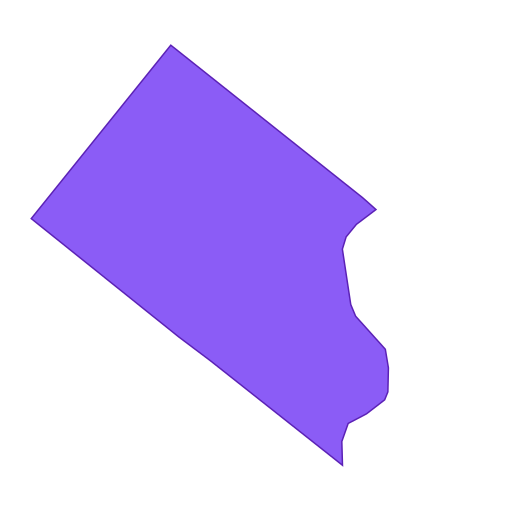 outline of Buffalo, South Dakota, United States of America, rotated 219°
{"feature_id": "52423323B50891604010383", "entity_name": "Buffalo", "entity_type": "district", "adm_level": 2, "iso_a3": "USA", "parent_name": "United States of America", "parent_adm1": "South Dakota", "projection": "orthographic", "projection_center": [-99.397, 44.065], "detail": "fine", "context": "isolated", "style": "filled", "palette": "violet", "viewbox_px": 512, "rotation_deg": 219, "n_neighbors": 0, "source": "geoboundaries", "source_scale": "gbopen_adm2", "svg_char_len": 402}
<svg xmlns="http://www.w3.org/2000/svg" viewBox="0 0 512 512"><g transform="rotate(219 256 256)"><path d="M57.1,147.8L72.6,165.9L79.0,183.9L70.8,202.9L65.5,225.2L68.0,233.4L82.7,252.4L96.8,264.9L140.7,271.9L151.8,277.9L193.2,315.7L198.0,327.6L197.9,343.8L192.0,367.6L209.6,368.4L454.9,366.2L454.2,143.6L264.6,144.5L225.8,145.9L57.1,147.8Z" fill="#8b5cf6" stroke="#5b21b6" stroke-width="1.5"/></g></svg>